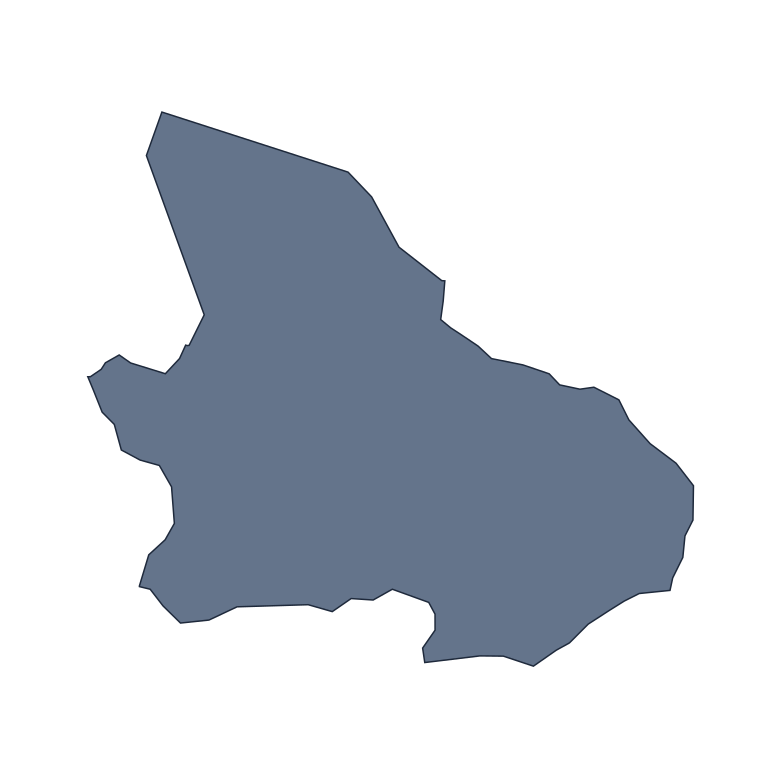 Motala, Östergötland, Sweden, rotated 82°
{"feature_id": "70781695B67213820771723", "entity_name": "Motala", "entity_type": "district", "adm_level": 2, "iso_a3": "SWE", "parent_name": "Sweden", "parent_adm1": "Östergötland", "projection": "albers", "projection_center": [15.209, 58.662], "detail": "fine", "context": "isolated", "style": "filled", "palette": "slate", "viewbox_px": 768, "rotation_deg": 82, "n_neighbors": 0, "source": "geoboundaries", "source_scale": "gbopen_adm2", "svg_char_len": 1102}
<svg xmlns="http://www.w3.org/2000/svg" viewBox="0 0 768 768"><g transform="rotate(82 384 384)"><path d="M335.6,676.3L349.8,672.6L372.7,667.0L386.5,656.7L412.8,653.3L425.4,636.1L433.4,617.8L456.3,608.7L492.9,611.0L507.8,622.4L520.4,640.7L550.1,654.4L550.6,654.4L554.7,644.1L573.0,633.7L592.4,618.8L593.4,590.2L584.2,560.5L592.0,489.8L602.2,466.9L591.9,446.4L596.4,424.8L588.4,404.3L606.5,370.1L619.0,365.5L634.9,367.7L650.9,382.5L665.5,382.4L666.6,326.8L670.1,303.7L684.2,275.3L671.6,250.5L666.2,236.4L650.2,215.2L639.5,192.2L632.4,176.3L627.0,160.4L628.2,129.5L616.2,125.1L597.3,112.2L576.3,107.1L562.9,97.8L561.8,97.0L527.8,91.7L503.1,105.8L480.1,128.8L453.6,146.5L432.4,153.6L416.4,176.6L416.4,190.7L409.3,210.2L396.9,219.0L384.4,243.8L373.8,274.0L359.5,285.6L347.1,299.4L337.6,310.2L328.1,318.9L310.0,313.8L290.3,309.4L289.7,312.4L250.6,350.1L197.0,370.2L169.2,390.1L83.8,566.1L124.7,587.5L290.5,552.4L318.6,571.6L318.6,573.4L317.9,575.0L330.3,582.9L343.4,599.1L327.9,632.0L318.4,642.2L324.2,656.9L330.1,662.0L335.9,673.7L335.6,676.3Z" fill="#64748b" stroke="#1e293b" stroke-width="1.5"/></g></svg>